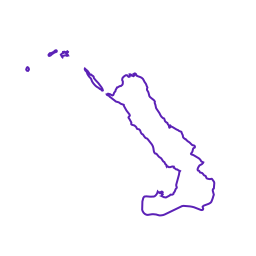 SVG path tracing the border of Sulawesi Selatan, rotated 141°
{"feature_id": "IDN-1236", "entity_name": "Sulawesi Selatan", "entity_type": "Province", "adm_level": 1, "iso_a3": "IDN", "parent_name": "Indonesia", "parent_adm1": "", "projection": "natural_earth1", "projection_center": [120.285, -4.627], "detail": "fine", "context": "isolated", "style": "outline", "palette": "violet", "viewbox_px": 256, "rotation_deg": 141, "n_neighbors": 0, "source": "natural_earth", "source_scale": "10m", "svg_char_len": 5774}
<svg xmlns="http://www.w3.org/2000/svg" viewBox="0 0 256 256"><g transform="rotate(141 128 128)"><path d="M144.9,59.9L144.9,59.7L144.7,58.4L144.3,57.6L143.9,58.0L143.7,58.0L143.6,57.6L143.3,56.5L143.0,56.1L142.7,56.5L142.5,57.3L142.3,57.5L142.0,57.5L141.7,57.2L141.5,56.9L141.4,56.5L141.6,56.0L142.1,55.9L142.6,55.6L142.8,54.7L143.3,54.9L143.7,54.7L144.2,53.7L144.7,53.9L143.6,51.6L143.1,51.2L142.9,50.8L142.4,50.3L142.1,50.1L138.0,49.3L137.2,49.5L136.9,49.5L135.9,48.5L135.0,48.2L134.2,48.2L133.7,48.5L133.3,48.9L132.8,49.0L132.1,49.1L131.5,49.3L129.7,50.4L129.1,50.6L128.4,50.7L127.7,50.9L127.3,51.4L127.1,52.2L126.8,52.8L126.3,53.5L117.7,59.7L116.3,61.0L115.6,61.5L114.6,61.8L114.8,62.3L115.4,63.0L115.7,64.5L115.9,64.9L116.2,65.1L116.6,65.5L117.1,67.6L117.4,68.3L117.2,68.5L116.7,69.1L117.4,69.9L118.2,70.4L119.8,71.0L120.8,71.8L121.0,72.0L121.2,72.9L121.4,73.4L121.6,73.8L122.2,73.6L122.1,74.1L121.4,75.3L121.7,76.5L121.5,77.2L121.2,78.6L121.6,79.8L121.6,80.3L121.6,80.7L121.5,81.3L121.3,83.3L121.4,84.0L122.0,85.8L122.1,86.6L122.1,89.9L122.2,90.2L122.9,90.9L123.0,92.4L122.4,93.9L121.0,96.3L120.4,97.6L120.0,98.9L119.8,100.4L119.7,107.1L119.8,107.7L120.6,109.2L120.7,109.7L120.7,111.4L120.5,113.0L120.5,113.6L121.0,114.8L120.9,116.2L120.1,118.5L120.2,119.9L121.1,121.1L121.5,121.8L121.1,123.2L121.1,124.2L121.3,125.2L121.4,125.9L121.9,126.6L122.9,128.0L123.1,128.7L123.0,129.1L122.0,130.1L121.9,130.4L121.2,134.3L121.2,135.3L120.9,136.0L120.2,136.2L119.4,136.3L118.8,136.5L118.3,137.6L118.2,142.5L117.4,147.2L117.1,148.1L116.7,148.7L118.2,151.1L118.5,151.8L118.9,153.4L119.2,154.0L120.7,156.1L120.9,156.7L121.0,157.5L122.5,163.7L122.6,165.2L123.4,166.6L123.5,167.3L123.4,167.6L122.4,167.1L121.9,167.2L120.7,165.6L120.5,165.2L120.4,164.7L119.8,163.5L119.6,163.1L118.7,162.9L117.9,163.3L117.0,163.9L116.3,164.2L114.8,164.5L114.5,164.6L113.7,165.3L113.0,165.6L111.7,166.1L111.1,166.4L110.9,166.2L110.7,166.1L110.2,166.1L108.0,165.7L107.2,165.1L106.3,165.1L105.4,165.1L104.8,165.3L104.2,165.7L102.8,167.3L102.6,167.7L102.5,168.6L102.3,169.0L101.6,169.7L101.0,170.2L99.9,170.5L98.2,170.6L96.6,170.4L95.6,169.7L95.5,168.9L95.5,168.0L95.2,167.2L94.3,166.9L93.7,167.3L93.3,168.2L93.0,168.7L92.4,168.2L92.2,167.8L92.2,166.9L92.1,166.4L91.9,165.9L91.3,165.4L91.2,164.9L90.7,164.8L89.7,165.0L89.1,165.5L89.6,166.4L88.8,166.3L88.3,166.1L88.0,165.5L87.9,164.6L88.4,163.4L88.3,163.0L88.0,162.6L87.7,161.9L86.5,160.0L85.8,158.5L85.5,156.8L85.8,154.9L86.1,153.7L86.3,151.1L86.5,150.3L87.0,149.0L87.3,147.7L87.4,147.3L88.7,146.4L89.2,145.7L89.4,145.0L89.5,143.6L90.0,142.2L91.3,139.4L91.4,138.1L90.3,133.0L90.5,131.6L91.4,130.8L91.9,129.5L92.0,129.0L93.5,126.1L93.7,125.5L94.2,119.8L94.8,117.1L94.9,115.6L94.6,113.6L94.1,113.1L94.0,112.7L94.1,112.0L94.8,110.4L94.9,109.6L94.6,107.9L94.2,107.3L94.3,106.8L94.7,105.8L94.7,105.4L94.6,104.6L94.7,104.2L95.5,102.8L95.6,102.2L95.0,102.0L94.2,102.2L94.0,102.6L94.0,103.3L93.8,104.2L93.6,103.5L93.5,101.9L92.8,100.7L91.2,96.2L90.5,95.0L90.1,93.4L89.1,91.8L89.0,91.2L89.5,90.0L90.0,87.9L90.4,87.2L90.9,86.4L91.0,85.8L91.0,85.2L90.5,83.1L90.4,82.8L90.2,82.8L90.0,80.4L89.3,78.2L89.2,77.6L88.9,74.6L88.6,74.0L87.7,72.9L87.5,72.0L87.6,71.6L87.9,71.2L88.2,70.9L88.5,70.8L89.7,71.1L90.2,71.0L90.8,70.7L92.0,69.7L92.7,69.2L93.4,68.9L94.9,68.5L95.3,68.3L95.4,67.9L95.2,67.3L94.2,65.8L92.0,59.8L91.9,59.0L91.8,58.3L91.8,57.4L92.0,56.6L92.0,56.1L92.0,55.7L91.1,53.9L91.7,53.6L93.3,53.4L93.9,53.5L95.2,53.8L96.1,53.9L98.4,53.1L99.7,52.3L100.1,51.9L100.3,51.4L100.4,51.1L100.3,50.8L99.8,50.2L99.7,49.8L100.0,48.2L98.7,46.3L98.6,44.8L98.7,43.8L98.6,43.2L98.0,42.1L97.9,41.7L98.0,41.3L98.4,40.2L98.5,39.6L98.4,39.1L98.1,38.6L97.6,37.9L96.5,36.7L95.3,36.1L94.9,35.8L94.8,35.5L95.0,32.3L95.2,31.6L95.6,30.9L99.2,27.1L99.7,26.9L100.4,27.0L100.9,26.7L101.3,26.3L101.7,25.7L103.3,22.1L104.5,21.4L106.5,20.0L109.3,18.4L110.0,18.1L111.1,18.0L113.0,18.3L117.7,19.9L118.7,20.0L119.5,19.9L119.7,19.6L120.4,17.9L120.8,17.6L121.5,17.4L122.3,17.8L123.0,18.6L126.6,24.9L127.8,26.5L129.1,28.0L133.8,32.5L135.2,33.3L153.9,37.7L155.6,38.3L157.3,39.3L158.0,39.8L158.7,40.4L160.6,43.1L162.7,45.2L163.8,46.0L167.3,48.0L168.1,48.8L168.5,49.5L168.9,50.4L169.1,51.4L169.2,52.3L169.1,53.1L169.0,53.9L168.8,54.6L168.4,55.6L163.0,61.9L160.3,63.9L159.6,64.2L159.1,64.3L158.6,64.4L158.2,64.3L156.7,63.3L153.9,60.6L151.4,58.7L150.8,58.4L150.3,58.2L149.7,58.2L149.0,58.2L147.5,58.5L146.3,59.0L144.9,59.9ZM126.4,179.9L126.7,181.6L126.8,183.3L126.8,185.0L126.6,186.8L125.8,189.3L125.7,190.1L125.9,192.2L125.8,193.8L125.5,195.7L124.9,197.2L124.8,197.9L125.0,199.5L124.8,200.3L124.5,201.1L124.1,201.3L123.9,199.6L123.6,198.4L123.5,197.6L123.8,193.3L123.7,192.9L123.4,192.7L123.0,192.6L122.9,192.2L122.9,191.4L122.4,190.1L122.4,189.8L122.5,189.3L123.0,188.5L123.1,188.0L123.1,185.6L122.8,181.5L123.0,176.2L123.3,174.5L123.8,173.1L124.1,173.0L124.4,173.2L124.6,173.4L124.7,173.8L124.6,174.7L124.9,175.4L125.2,175.9L125.4,176.5L125.5,177.4L126.4,179.9ZM133.6,225.0L134.1,224.4L134.4,224.2L134.5,224.9L134.4,225.5L134.1,226.6L134.1,227.2L133.1,227.4L131.8,227.3L131.0,227.0L131.0,227.6L130.6,228.0L129.3,227.2L128.9,226.3L129.0,225.8L128.1,225.9L127.5,225.7L126.9,225.8L126.7,224.9L127.0,224.7L127.9,225.2L128.7,224.8L128.9,223.8L128.7,222.9L128.9,222.0L129.4,222.3L130.0,222.4L130.8,223.8L133.1,225.0L133.6,225.0ZM140.5,233.2L142.5,233.1L143.6,233.4L144.1,234.0L143.8,234.8L142.7,235.2L141.6,235.3L141.1,235.0L140.6,234.5L138.5,234.1L137.8,233.7L137.2,234.0L136.4,234.1L135.6,234.0L135.0,233.7L134.8,233.4L134.8,233.1L134.8,232.8L135.0,232.5L135.6,232.2L136.2,232.4L137.5,232.9L140.5,233.2ZM168.5,235.6L169.8,235.3L170.5,236.2L170.4,237.4L169.5,238.1L168.4,238.6L167.8,238.5L167.5,237.7L167.6,237.1L167.8,236.4L168.1,235.9L168.5,235.6Z" fill="none" stroke="#5b21b6" stroke-width="2"/></g></svg>